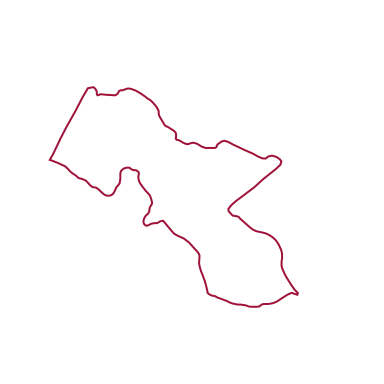 outline of Lolo-Bouenguidi, Ogooué-Lolo, Gabon, rotated 320°
{"feature_id": "22940354B13456808053161", "entity_name": "Lolo-Bouenguidi", "entity_type": "district", "adm_level": 2, "iso_a3": "GAB", "parent_name": "Gabon", "parent_adm1": "Ogooué-Lolo", "projection": "natural_earth1", "projection_center": [12.301, -1.15], "detail": "fine", "context": "isolated", "style": "outline", "palette": "rose", "viewbox_px": 384, "rotation_deg": 320, "n_neighbors": 0, "source": "geoboundaries", "source_scale": "gbopen_adm2", "svg_char_len": 3368}
<svg xmlns="http://www.w3.org/2000/svg" viewBox="0 0 384 384"><g transform="rotate(320 192 192)"><path d="M103.7,76.0L105.0,78.1L106.5,80.9L108.0,83.6L109.5,86.9L111.3,90.6L111.8,94.6L111.9,97.8L112.3,100.4L113.0,102.8L113.7,105.2L113.9,107.6L114.5,109.1L115.6,110.4L116.6,112.1L117.4,113.8L118.1,115.6L118.2,118.3L118.3,121.4L118.7,123.5L119.5,125.0L121.2,126.8L122.2,130.1L122.3,132.2L122.8,135.9L123.4,138.4L124.6,140.2L126.4,141.7L127.8,142.4L129.9,142.7L132.0,142.2L133.6,141.5L135.3,140.7L136.7,139.9L138.7,139.6L142.0,138.9L145.3,136.1L147.4,133.7L148.7,132.1L149.9,131.0L151.2,130.3L153.0,130.1L154.9,130.2L157.1,131.1L158.6,132.1L159.8,133.4L159.9,134.8L160.8,137.0L161.9,138.2L163.0,139.2L163.5,140.5L163.9,142.5L162.6,144.4L161.1,145.2L159.7,147.2L158.6,149.3L157.9,151.5L157.5,155.4L157.3,161.6L157.6,166.0L157.4,168.1L156.1,171.4L154.7,174.3L153.5,175.4L151.9,176.0L150.1,176.5L148.5,177.7L147.0,179.2L144.7,180.3L141.0,180.5L138.8,181.3L137.1,182.2L135.4,183.9L134.7,185.8L135.0,187.8L135.9,189.0L137.9,189.5L140.5,190.2L142.2,191.1L143.7,192.1L145.1,193.3L147.2,193.8L148.7,194.0L150.5,194.9L151.4,195.6L151.4,210.5L151.5,212.3L152.3,214.7L153.3,217.1L154.9,220.3L156.0,222.8L156.4,225.1L157.2,228.2L157.4,231.9L157.5,236.2L157.7,241.1L157.5,244.1L156.7,245.8L154.7,247.9L151.7,251.0L149.8,254.3L148.0,258.4L146.9,261.9L145.7,265.2L144.7,268.2L142.6,272.8L139.1,279.6L139.5,281.4L140.2,283.4L141.4,285.0L142.8,286.8L143.6,289.1L146.3,293.8L148.6,297.8L149.9,301.0L151.7,303.9L154.6,307.5L156.7,309.3L158.1,310.9L160.2,313.2L161.9,316.2L163.4,317.8L168.0,321.7L168.4,321.9L170.2,323.0L173.0,323.0L175.1,324.0L177.4,326.0L179.8,327.7L182.8,329.3L186.6,330.5L192.2,331.1L199.0,332.0L203.5,333.3L206.6,338.4L208.1,337.6L208.0,336.5L207.8,332.1L208.3,327.3L209.3,319.6L210.0,315.5L211.9,308.7L213.3,305.9L216.0,302.8L218.7,300.4L221.8,296.4L223.2,293.3L224.8,287.2L225.2,282.4L224.6,278.1L223.3,274.1L222.0,271.3L220.5,269.1L218.5,266.5L216.0,263.3L214.5,260.0L213.6,256.0L212.7,249.7L211.8,244.0L211.7,240.8L209.9,238.4L208.0,236.2L207.8,233.1L207.7,230.2L209.1,228.3L214.1,227.3L220.4,227.2L228.8,227.7L243.0,228.4L254.6,227.9L271.1,228.3L277.0,228.0L280.2,226.0L280.3,223.3L279.3,219.5L276.7,215.6L273.2,213.8L269.9,213.7L267.4,211.3L265.3,207.1L263.3,201.8L259.1,193.3L256.3,187.1L254.3,182.9L252.6,178.6L251.4,176.0L250.2,174.2L249.2,173.2L246.9,172.3L244.8,172.2L242.0,172.0L240.8,172.5L239.7,173.3L238.4,173.2L236.3,171.8L234.5,170.1L232.5,168.5L230.9,167.2L229.0,164.2L228.1,162.0L227.5,160.1L226.7,158.0L225.1,155.6L223.9,154.5L221.7,153.6L219.2,152.5L217.8,150.5L216.8,148.2L215.9,145.6L215.2,143.8L213.9,142.3L213.8,140.8L215.3,139.4L216.4,138.2L217.5,136.4L217.6,134.5L217.2,132.2L216.4,130.4L215.7,127.6L215.0,126.0L214.1,124.1L214.2,122.1L214.7,119.4L215.2,116.1L215.9,112.4L216.8,110.7L218.5,108.5L219.4,105.0L219.6,102.2L219.5,98.5L219.2,95.1L218.0,91.6L217.4,88.5L215.9,83.3L215.0,80.7L213.9,77.8L213.0,76.3L211.6,73.8L210.1,72.1L208.5,71.0L206.3,70.2L204.8,69.7L203.4,68.9L202.7,68.2L201.0,67.8L200.0,68.2L198.7,68.8L197.4,68.9L195.4,68.6L193.5,66.9L191.2,64.6L189.3,62.9L187.2,60.8L185.6,59.1L184.4,58.1L183.0,57.8L181.8,57.2L181.9,56.0L183.0,54.6L184.0,53.0L184.2,50.1L184.0,48.6L182.7,47.6L180.7,46.6L179.0,45.6L169.3,49.0L155.2,54.9L137.6,61.5L126.1,66.3L110.4,73.5L103.7,76.0Z" fill="none" stroke="#9f1239" stroke-width="2"/></g></svg>